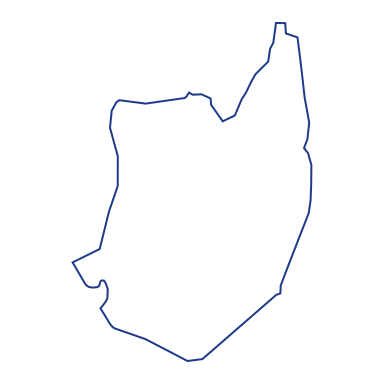 Rabak, White Nile, Sudan
{"feature_id": "16777658B74989991978894", "entity_name": "Rabak", "entity_type": "district", "adm_level": 2, "iso_a3": "SDN", "parent_name": "Sudan", "parent_adm1": "White Nile", "projection": "orthographic", "projection_center": [32.773, 13.435], "detail": "fine", "context": "isolated", "style": "outline", "palette": "blue", "viewbox_px": 384, "rotation_deg": 0, "n_neighbors": 0, "source": "geoboundaries", "source_scale": "gbopen_adm2", "svg_char_len": 1020}
<svg xmlns="http://www.w3.org/2000/svg" viewBox="0 0 384 384"><path d="M280.3,293.5L280.6,288.8L280.7,285.5L290.1,260.9L301.7,231.1L308.7,213.2L310.6,200.3L310.9,191.7L311.2,184.0L311.4,165.2L308.1,153.2L304.0,148.1L307.4,139.2L309.2,122.6L305.5,102.2L304.6,97.2L304.3,94.5L302.3,76.6L300.5,61.2L297.5,37.4L285.9,33.5L285.2,23.1L276.0,23.0L273.3,42.7L270.1,48.8L268.2,61.5L255.4,74.3L250.9,82.4L245.9,92.8L241.6,99.4L238.9,106.0L234.8,115.5L222.7,121.3L211.1,104.8L210.6,98.5L201.5,94.3L192.7,94.7L189.1,92.6L188.6,93.3L186.4,96.5L184.8,98.0L145.7,103.6L119.4,100.2L116.5,102.1L111.7,110.7L110.0,127.8L117.8,156.2L117.7,186.1L109.0,211.5L99.7,249.0L72.6,262.4L84.4,282.5L86.0,285.0L88.6,286.9L92.5,287.6L96.8,287.2L99.0,286.2L99.6,284.3L100.5,281.3L101.8,280.4L103.9,280.6L105.3,282.5L106.4,285.1L107.8,289.1L107.3,298.8L105.2,302.3L100.5,308.4L107.1,319.1L110.0,324.0L112.8,327.2L115.2,328.6L145.4,339.1L187.5,361.0L202.4,359.1L267.8,302.2L276.3,294.8L280.3,293.5Z" fill="none" stroke="#1e3a8a" stroke-width="2"/></svg>